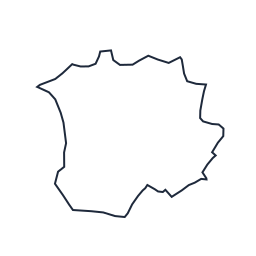 the district of Taegwan, P'yŏngan-bukto, North Korea, rotated 248°
{"feature_id": "82179303B79358107253704", "entity_name": "Taegwan", "entity_type": "district", "adm_level": 2, "iso_a3": "PRK", "parent_name": "North Korea", "parent_adm1": "P'yŏngan-bukto", "projection": "natural_earth1", "projection_center": [125.481, 39.935], "detail": "fine", "context": "isolated", "style": "outline", "palette": "slate", "viewbox_px": 256, "rotation_deg": 248, "n_neighbors": 0, "source": "geoboundaries", "source_scale": "gbopen_adm2", "svg_char_len": 1021}
<svg xmlns="http://www.w3.org/2000/svg" viewBox="0 0 256 256"><g transform="rotate(248 128 128)"><path d="M69.7,199.0L74.0,196.9L80.7,205.8L84.8,213.3L91.7,216.3L97.3,213.4L100.2,207.5L106.0,200.1L110.2,198.6L117.1,201.6L126.7,207.6L133.6,212.2L139.1,216.6L143.4,207.8L149.2,200.4L157.5,200.4L164.5,202.0L171.4,203.5L174.1,202.8L173.1,190.1L180.3,181.3L187.4,173.9L186.3,163.5L185.0,156.0L189.5,144.2L196.5,139.8L206.3,141.3L209.3,130.9L205.2,127.9L199.7,122.0L199.9,114.5L202.8,107.1L207.1,101.2L208.1,100.2L203.3,87.8L200.7,78.9L201.0,62.5L200.1,59.2L190.7,68.1L181.8,71.3L167.3,71.3L157.2,70.2L137.1,64.9L129.3,59.6L115.9,54.3L113.7,46.8L103.7,39.4L90.3,42.5L79.1,44.7L72.6,46.2L71.3,48.9L64.6,62.8L59.0,73.4L51.2,83.0L46.7,91.6L49.0,95.8L55.7,103.3L61.2,111.8L64.6,118.2L65.7,121.4L67.9,124.6L61.2,129.9L57.9,132.1L55.6,136.3L56.7,139.5L47.8,142.7L50.0,154.4L52.3,163.0L52.3,169.4L53.4,176.8L50.9,181.5L52.0,181.8L59.0,180.4L64.4,187.9L68.4,195.3L69.7,199.0Z" fill="none" stroke="#1e293b" stroke-width="2"/></g></svg>